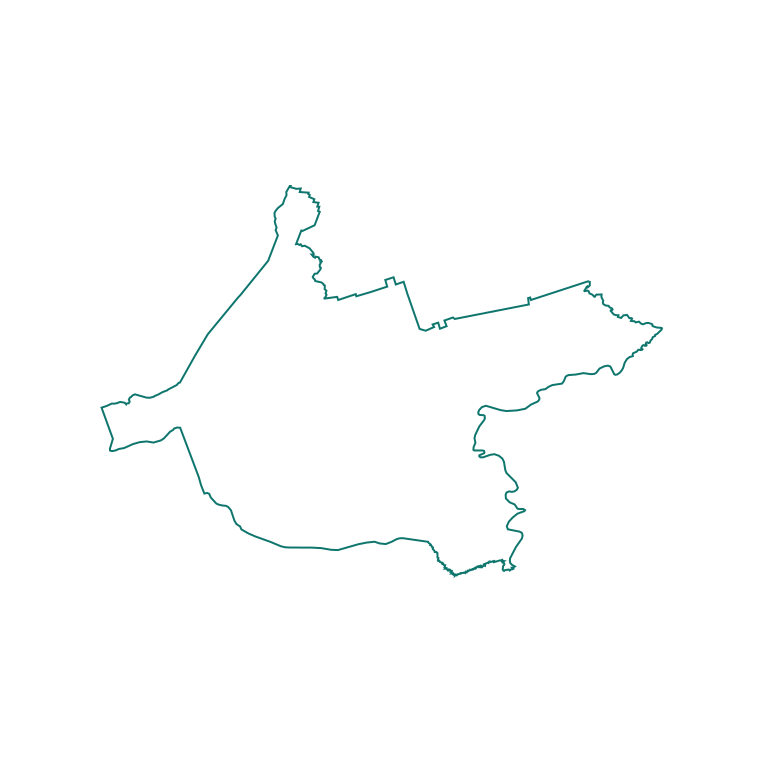 outline of San Francisco, Petén, Guatemala, rotated 250°
{"feature_id": "79465075B83427933273433", "entity_name": "San Francisco", "entity_type": "district", "adm_level": 2, "iso_a3": "GTM", "parent_name": "Guatemala", "parent_adm1": "Petén", "projection": "equal_earth", "projection_center": [-89.989, 16.624], "detail": "fine", "context": "isolated", "style": "outline", "palette": "teal", "viewbox_px": 768, "rotation_deg": 250, "n_neighbors": 0, "source": "geoboundaries", "source_scale": "gbopen_adm2", "svg_char_len": 6166}
<svg xmlns="http://www.w3.org/2000/svg" viewBox="0 0 768 768"><g transform="rotate(250 384 384)"><path d="M602.3,363.2L597.8,357.8L594.8,357.0L591.7,353.7L587.7,350.5L585.6,344.4L583.6,341.1L582.0,339.5L578.4,338.5L576.6,338.8L574.4,337.1L573.0,336.7L567.6,336.5L565.6,334.8L559.9,335.1L539.4,317.3L516.7,279.5L515.1,276.3L491.0,235.4L475.0,215.8L455.1,192.7L455.3,191.4L453.9,188.8L452.6,179.0L452.2,178.4L452.1,172.8L451.3,168.2L451.2,164.3L450.8,163.7L451.1,159.5L452.4,156.2L459.4,146.5L459.4,144.2L458.3,141.8L458.2,140.7L456.6,138.9L454.5,139.0L453.2,137.6L453.8,135.1L453.2,134.7L455.2,133.8L457.3,130.1L457.5,128.0L457.2,127.2L457.8,123.6L458.7,121.7L458.2,115.7L458.4,110.5L425.2,110.5L416.9,104.3L415.3,103.8L414.4,104.7L413.8,106.1L413.4,108.9L413.6,112.8L412.7,117.9L413.4,127.5L412.9,134.6L411.2,141.3L407.8,147.4L407.3,155.0L408.2,158.7L412.3,166.6L413.0,170.1L413.9,171.5L413.9,174.6L412.6,177.5L359.9,178.1L351.6,177.5L342.5,177.7L342.1,180.6L340.5,182.2L336.6,182.4L329.1,185.5L327.5,187.0L325.2,190.4L323.6,193.8L321.6,195.6L317.6,197.0L306.9,196.7L302.9,197.4L299.4,200.0L296.1,200.3L289.8,205.6L284.7,211.0L274.3,223.5L266.7,231.7L264.3,235.4L262.5,239.7L254.9,260.3L251.3,268.8L246.4,277.4L243.7,283.9L242.2,305.1L240.9,313.6L239.0,321.2L235.7,325.3L233.0,330.9L233.1,337.2L233.9,343.0L233.6,346.2L232.6,349.1L220.6,371.5L219.4,371.6L217.2,373.0L216.7,372.4L215.8,373.3L213.9,373.5L213.6,374.1L212.2,373.4L210.2,374.3L208.7,374.2L208.3,375.6L207.0,376.4L202.6,374.9L201.9,375.6L199.9,374.3L199.1,374.5L199.0,375.6L197.6,375.7L196.0,377.7L195.5,377.1L194.7,377.3L194.5,378.2L193.4,378.4L192.8,379.5L191.0,378.1L190.1,379.2L189.6,378.3L189.2,379.8L188.4,379.5L187.5,380.5L186.7,380.4L186.6,380.9L187.3,381.3L186.6,381.8L187.0,382.4L186.5,382.7L186.0,382.4L185.5,383.2L184.8,382.6L184.8,383.5L184.2,383.1L183.5,383.7L183.1,383.0L183.0,384.1L182.1,384.2L181.7,383.5L180.4,384.5L181.0,385.3L180.6,386.0L179.7,385.4L180.0,386.2L179.4,386.8L179.8,387.2L179.6,387.8L180.0,388.3L179.7,389.9L180.1,391.1L179.6,391.4L179.9,391.9L179.3,394.2L179.5,394.7L178.6,395.6L179.2,396.1L178.9,396.8L179.3,396.9L178.8,397.4L179.4,398.1L179.3,398.9L179.9,399.0L179.5,401.0L180.0,401.4L179.4,402.0L179.9,404.0L179.8,404.4L179.3,404.2L179.3,405.1L179.7,405.6L179.4,406.2L180.1,406.4L180.3,407.1L179.5,407.6L180.5,409.1L179.9,409.9L180.5,410.4L180.1,411.8L180.3,412.8L179.6,413.3L179.7,412.1L179.1,411.3L178.2,413.4L179.5,415.6L178.5,416.7L179.5,417.3L179.9,415.9L180.4,416.0L180.6,420.6L180.0,421.1L181.2,422.2L180.9,423.1L180.2,423.5L180.1,427.1L179.7,427.3L179.5,425.9L179.0,426.1L178.6,432.6L178.1,433.3L178.4,434.9L177.2,435.2L176.6,436.2L176.3,434.2L175.7,434.3L175.7,435.4L173.8,435.5L173.3,435.4L172.3,433.8L169.2,432.1L167.6,432.5L167.3,432.9L167.7,433.7L167.0,437.8L165.7,438.4L166.5,440.7L166.0,441.1L166.1,442.2L167.5,441.6L167.1,442.9L168.1,443.6L167.6,443.9L167.8,444.6L170.1,442.5L172.6,441.4L175.0,441.8L177.2,443.0L185.5,452.0L191.7,460.8L194.0,462.3L195.4,462.6L197.1,462.5L198.9,460.9L205.1,450.7L208.3,450.7L211.9,454.2L214.5,459.2L216.5,465.0L216.5,472.5L217.2,473.4L218.9,472.1L220.7,467.4L221.3,466.8L226.1,465.6L230.0,461.5L234.7,459.4L238.3,460.4L240.1,462.0L240.3,464.8L238.9,467.3L238.5,469.7L239.1,472.4L240.7,474.3L246.5,474.2L258.4,468.7L261.3,468.5L269.9,470.1L273.4,469.7L277.3,467.4L280.3,463.7L281.1,459.6L281.2,452.1L282.1,449.5L283.4,448.8L284.4,449.2L284.7,454.3L285.3,455.0L286.9,455.1L287.9,453.8L290.6,446.2L291.5,445.5L294.0,446.6L297.5,449.8L302.1,450.5L304.9,452.3L311.6,459.1L316.0,466.0L317.6,467.2L319.8,467.6L320.6,467.0L322.1,463.5L323.3,462.5L325.2,462.9L327.1,464.7L328.8,468.1L328.7,472.3L319.6,484.6L316.7,489.8L313.7,500.0L312.4,508.3L314.4,515.1L314.9,522.0L315.5,523.6L316.6,524.8L317.8,525.3L322.9,524.7L323.7,525.1L324.6,526.9L324.8,529.8L324.0,533.8L325.1,537.9L325.4,541.8L323.5,551.4L325.0,553.8L328.7,557.2L329.2,558.6L329.2,560.7L327.3,567.4L326.0,575.2L322.6,581.5L321.6,584.8L321.9,587.2L324.8,591.8L325.3,597.0L324.7,600.6L323.0,602.7L314.5,603.7L313.5,604.5L313.2,606.5L314.0,609.5L315.6,612.2L317.3,614.2L321.7,617.5L324.3,620.8L325.3,623.9L325.1,627.4L326.8,627.8L327.7,628.6L328.0,632.7L329.2,634.7L328.0,637.2L327.9,638.4L328.2,638.8L329.4,637.9L330.0,638.1L331.7,640.1L331.7,641.4L330.7,642.1L330.3,643.5L330.7,644.1L332.1,643.6L333.2,644.6L333.2,645.6L332.0,646.5L332.0,648.0L333.5,649.1L334.5,651.2L336.1,652.6L336.4,655.2L337.4,655.6L337.7,658.0L340.1,663.2L341.1,664.2L341.7,664.1L343.9,659.5L346.3,656.5L346.9,656.1L347.8,656.5L348.7,656.3L351.0,653.3L351.6,651.2L351.5,647.9L352.7,646.3L355.4,644.9L355.8,641.6L357.3,640.8L358.8,637.6L360.6,639.5L361.2,639.2L362.0,637.1L365.8,636.0L366.6,632.4L365.0,629.4L367.0,626.7L368.5,627.8L369.4,625.4L370.9,623.6L375.3,622.0L375.7,622.4L375.4,623.4L375.7,624.2L377.0,624.1L378.8,622.3L380.7,621.7L381.9,619.2L383.9,617.5L385.5,617.4L387.3,618.5L391.3,618.0L393.7,619.1L395.3,614.3L395.0,613.2L394.0,612.3L394.0,611.5L396.9,610.2L398.8,608.1L401.4,608.0L402.2,607.1L402.6,604.3L403.0,604.1L406.1,608.0L406.2,608.5L405.2,608.6L406.1,611.0L409.5,612.3L410.7,610.9L412.7,550.8L415.3,550.9L415.4,548.8L409.2,547.3L420.9,472.8L422.9,471.5L423.0,462.5L416.9,462.6L416.8,455.5L423.1,455.9L423.3,450.1L420.4,450.6L419.8,441.4L423.6,436.3L460.5,436.8L473.3,437.4L473.5,429.1L481.0,429.5L481.3,420.8L474.4,420.3L475.0,402.4L475.9,388.0L478.1,388.2L478.6,369.7L481.9,369.8L484.8,356.5L485.0,357.6L486.1,359.1L487.5,360.5L489.1,360.1L491.4,361.8L493.4,360.7L496.8,362.1L497.6,361.2L498.6,361.3L500.8,360.0L504.3,354.6L506.1,354.7L507.3,353.9L508.9,353.6L511.3,356.5L510.7,359.0L513.4,363.3L514.7,364.4L515.6,363.7L518.0,364.3L519.1,365.7L520.2,365.8L519.9,366.5L520.5,367.5L522.2,367.1L522.7,366.0L525.4,365.9L527.1,363.2L526.3,362.4L527.4,361.3L530.4,360.3L529.6,362.2L531.2,362.5L536.9,360.5L541.0,356.9L541.5,354.1L543.8,353.5L543.6,352.1L545.1,350.8L545.5,349.2L556.5,358.8L555.7,359.7L556.9,373.1L567.8,382.5L569.1,381.2L572.7,383.8L573.5,382.0L576.7,384.5L579.1,379.9L581.5,381.7L585.4,377.6L587.1,378.9L588.6,377.8L589.6,378.6L593.2,370.5L596.2,372.6L597.4,368.3L601.2,363.1L602.0,363.9L602.3,363.2Z" fill="none" stroke="#0f766e" stroke-width="2"/></g></svg>